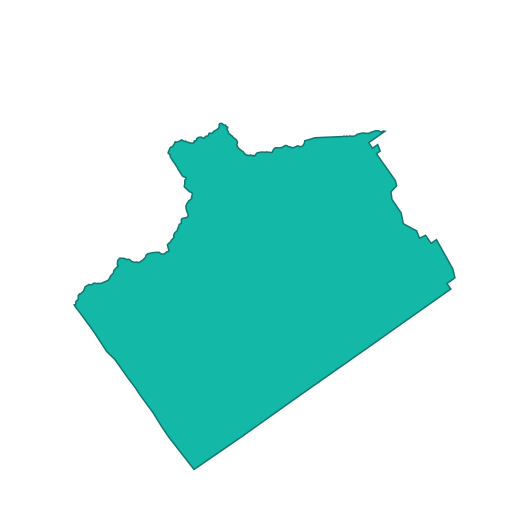 outline of Josephine, Oregon, United States of America, rotated 55°
{"feature_id": "52423323B30410916636748", "entity_name": "Josephine", "entity_type": "district", "adm_level": 2, "iso_a3": "USA", "parent_name": "United States of America", "parent_adm1": "Oregon", "projection": "equal_earth", "projection_center": [-123.844, 42.39], "detail": "fine", "context": "isolated", "style": "filled", "palette": "teal", "viewbox_px": 512, "rotation_deg": 55, "n_neighbors": 0, "source": "geoboundaries", "source_scale": "gbopen_adm2", "svg_char_len": 5047}
<svg xmlns="http://www.w3.org/2000/svg" viewBox="0 0 512 512"><g transform="rotate(55 256 256)"><path d="M191.7,432.9L191.9,433.0L194.5,433.1L203.0,432.7L224.1,432.3L226.4,432.3L248.6,433.1L259.7,431.0L284.6,430.8L294.0,430.4L296.5,430.5L302.0,430.7L303.0,430.7L325.1,430.2L343.4,431.2L355.2,431.3L395.3,429.2L395.8,373.1L395.4,317.6L395.3,300.0L395.3,297.6L395.2,208.1L395.0,182.9L394.8,115.3L388.1,115.4L388.0,105.6L379.5,102.2L346.1,98.8L346.1,105.3L336.3,105.3L335.2,111.9L327.6,110.0L314.0,116.8L304.0,112.4L287.5,112.1L280.8,108.6L279.2,100.5L274.1,98.6L241.3,98.7L241.3,94.1L234.5,92.4L234.6,98.8L227.8,98.7L227.8,78.9L227.7,79.0L226.9,79.6L226.5,80.5L226.6,81.9L225.9,82.6L224.8,83.3L223.8,83.6L223.3,84.4L222.8,85.2L222.1,86.0L221.7,87.1L221.4,88.5L221.0,89.7L220.5,90.9L220.6,92.6L219.8,93.8L219.2,94.8L218.3,95.8L217.8,96.5L217.2,97.4L216.5,97.8L216.1,98.8L215.8,99.6L215.3,100.6L215.2,101.3L214.9,101.9L214.7,102.4L214.4,102.9L214.3,103.7L214.4,104.3L214.6,104.7L214.6,105.5L214.1,106.5L213.9,107.3L213.5,107.8L213.2,108.6L212.9,108.7L212.6,109.2L211.9,109.8L211.4,110.4L211.1,111.6L210.6,112.4L210.1,112.7L209.7,113.1L209.9,113.4L209.8,114.0L209.1,114.5L208.2,115.2L208.2,115.8L208.0,116.3L198.2,131.6L193.0,139.8L189.6,150.1L190.4,150.7L191.3,151.7L192.1,153.3L192.6,154.8L192.6,155.6L192.1,156.3L191.8,157.2L191.1,157.7L190.2,158.1L189.5,158.8L189.5,159.3L189.3,160.8L188.9,162.0L188.8,163.1L188.3,164.0L187.4,164.6L186.8,165.1L186.0,165.7L185.0,166.8L184.1,167.0L183.5,167.4L182.8,167.9L182.2,168.7L182.1,169.8L182.2,170.3L182.2,170.9L182.0,171.8L182.0,172.7L181.2,173.9L180.9,174.7L180.2,175.8L179.3,176.7L178.6,177.9L178.4,178.6L178.5,179.6L178.9,180.6L179.1,181.2L179.9,182.4L180.4,183.4L179.8,184.5L178.9,185.1L178.6,185.8L177.9,186.6L177.5,187.0L176.7,187.6L176.6,188.6L176.3,189.0L175.5,189.9L174.5,191.2L174.1,191.8L173.5,192.7L173.2,193.9L172.7,194.7L172.3,195.2L172.2,196.5L172.4,197.3L172.7,197.9L173.0,198.7L172.9,199.3L173.2,199.7L173.1,200.3L172.4,200.4L172.0,200.6L171.7,201.0L171.8,201.3L171.4,202.0L170.3,202.3L169.9,202.9L169.9,203.4L169.7,204.0L169.4,204.6L168.7,204.9L168.3,205.7L167.5,206.1L166.7,206.4L165.7,206.5L164.4,206.7L163.1,206.6L161.9,207.4L160.8,207.5L160.0,208.0L158.9,208.0L158.2,208.5L156.7,208.4L155.8,208.6L154.9,208.2L154.8,207.9L154.3,207.9L153.4,207.8L152.9,206.9L152.5,206.2L151.9,205.8L151.0,205.6L149.6,205.5L148.7,205.8L147.6,206.0L146.1,206.6L145.4,206.7L144.4,206.8L143.7,206.8L142.9,207.3L141.5,207.4L140.1,208.2L139.2,207.7L138.6,207.5L137.8,207.3L136.2,207.2L135.1,206.7L135.0,206.0L134.8,205.6L134.3,205.3L133.9,205.4L133.3,205.9L132.8,206.2L132.6,206.1L131.2,205.9L130.7,206.6L130.5,207.1L130.1,207.5L129.1,207.5L128.0,207.8L127.3,208.4L126.8,209.9L127.2,210.9L128.0,211.1L128.9,211.9L129.9,213.3L130.0,216.0L129.6,219.1L130.2,220.9L129.7,222.7L129.1,223.0L128.6,224.1L129.6,225.7L130.1,226.4L129.7,227.4L129.4,227.8L129.1,229.0L129.6,230.0L129.8,231.2L128.5,231.8L126.8,233.1L125.9,235.1L125.8,237.0L127.0,238.4L126.7,239.6L126.4,240.9L126.8,241.2L127.3,241.4L127.6,242.2L127.2,242.9L126.4,244.1L126.0,245.3L124.9,245.5L124.5,246.1L123.7,246.4L123.1,247.3L122.2,247.6L121.5,247.7L121.2,248.3L120.9,249.3L119.9,249.6L119.1,249.8L118.3,250.1L118.1,251.1L118.1,252.4L117.9,253.1L117.7,253.8L117.6,254.4L117.5,255.1L116.7,256.2L116.3,256.4L116.2,257.2L116.9,257.9L117.2,258.5L117.7,259.8L118.2,260.7L118.4,262.0L118.0,263.7L118.4,264.8L118.8,265.4L119.2,266.1L119.9,267.0L120.3,267.9L120.8,268.6L121.8,269.0L122.2,268.7L123.5,268.2L124.4,268.8L125.6,269.3L127.2,269.5L129.5,269.5L130.7,269.6L132.2,269.6L134.5,269.5L136.0,269.7L137.6,269.6L139.0,269.8L140.8,270.2L142.2,270.0L144.3,270.3L146.5,270.3L148.1,270.4L149.6,269.8L150.4,269.2L151.3,268.6L152.1,268.3L152.7,268.9L153.0,270.7L154.1,271.7L155.4,272.4L156.9,273.9L158.0,275.0L158.7,275.0L159.5,274.9L160.8,274.5L163.2,274.1L163.9,273.8L164.6,273.8L165.0,273.7L165.8,273.2L167.1,272.3L168.3,272.4L169.7,273.7L170.3,274.5L171.1,275.3L171.7,275.3L172.3,277.5L172.2,279.7L173.0,280.9L173.3,282.3L174.2,283.5L174.6,284.6L176.9,286.0L179.9,287.1L183.5,287.9L184.9,289.9L183.5,293.5L182.9,295.0L183.5,296.5L184.6,297.1L186.3,298.5L186.1,300.7L186.9,301.9L188.0,303.1L188.7,304.6L190.1,306.0L190.4,309.2L191.1,310.6L192.3,311.9L193.8,312.5L194.5,316.2L195.4,318.0L195.5,320.1L196.0,322.2L198.4,323.1L199.9,323.7L201.1,324.0L201.9,324.4L201.9,325.1L201.4,326.7L201.6,328.5L201.7,329.9L200.3,332.3L197.3,333.3L194.7,337.4L192.1,343.2L192.3,345.6L193.7,347.4L194.5,351.4L194.2,353.7L194.3,355.6L192.4,357.3L191.4,359.4L190.5,359.9L189.6,360.8L187.9,361.2L186.0,361.8L184.3,364.3L182.4,365.2L179.6,369.0L180.4,371.9L183.4,374.5L185.0,374.4L185.5,377.2L186.4,380.9L188.3,382.7L189.0,386.7L191.1,390.5L190.7,393.1L189.7,397.9L189.3,399.4L188.1,400.5L187.5,402.1L186.3,403.0L185.2,404.6L185.3,407.3L183.5,409.2L183.3,413.7L185.7,417.2L186.4,421.2L185.8,422.2L186.5,424.4L188.5,425.7L189.4,426.4L189.9,427.4L189.6,428.2L190.2,430.1L191.8,430.9L192.4,432.0L191.9,432.7L191.7,432.9Z" fill="#14b8a6" stroke="#0f766e" stroke-width="1.5"/></g></svg>